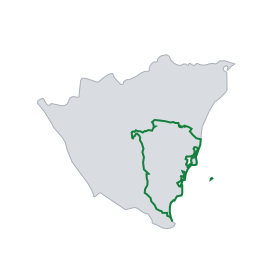 where Atlántico Sur sits in Nicaragua, rotated 14°
{"feature_id": "NIC-644", "entity_name": "Atlántico Sur", "entity_type": "Autonomous Region", "adm_level": 1, "iso_a3": "NIC", "parent_name": "Nicaragua", "parent_adm1": "", "projection": "orthographic", "projection_center": [-84.133, 12.113], "detail": "medium", "context": "in_parent", "style": "outline", "palette": "green", "viewbox_px": 256, "rotation_deg": 14, "n_neighbors": 0, "source": "natural_earth", "source_scale": "10m", "svg_char_len": 4026}
<svg xmlns="http://www.w3.org/2000/svg" viewBox="0 0 256 256"><g transform="rotate(14 128 128)"><path d="M216.0,40.0L214.9,41.5L213.7,42.5L211.1,47.5L210.2,47.9L210.1,44.2L208.5,43.8L206.7,45.1L205.8,47.0L207.3,49.4L208.7,49.4L210.4,50.1L214.9,67.0L213.9,70.1L211.2,74.8L208.6,78.8L205.9,81.3L202.7,92.0L199.7,109.4L201.9,125.0L200.9,139.4L201.8,142.8L202.1,147.0L199.9,147.8L198.7,147.7L197.4,145.1L197.5,142.8L198.8,140.1L199.4,136.5L198.7,134.6L197.5,138.7L195.2,140.6L193.7,141.2L192.3,143.3L193.8,147.3L195.8,150.2L196.4,152.2L195.7,154.7L195.3,163.1L194.6,162.9L193.8,161.8L191.8,161.7L191.5,165.1L191.7,167.0L189.9,168.5L189.3,169.9L190.7,170.9L192.3,171.6L194.3,171.4L195.9,175.6L196.5,179.0L192.7,182.1L191.4,184.7L189.3,187.9L188.1,191.0L187.7,193.2L189.2,200.2L191.8,205.2L194.0,208.4L196.9,209.1L196.2,212.4L194.0,214.5L190.0,216.3L185.6,216.6L178.4,214.9L175.5,214.8L174.3,213.9L174.0,212.2L171.9,209.8L168.1,206.5L166.0,206.7L162.4,206.0L156.5,203.7L153.8,203.5L149.9,205.4L145.3,207.9L134.3,203.9L126.6,201.1L119.7,198.6L117.9,197.6L116.3,197.8L115.0,199.1L113.5,201.4L113.0,202.1L112.2,202.7L111.3,202.9L111.3,201.8L107.9,197.2L102.6,191.6L82.1,174.6L74.6,164.5L70.6,157.2L66.8,153.3L55.7,145.5L53.2,142.4L42.4,131.9L34.1,125.8L34.0,123.2L37.5,120.0L39.2,120.2L41.0,122.5L43.9,125.1L45.3,125.2L47.4,124.0L47.4,122.8L58.7,122.4L60.7,121.7L62.8,119.9L63.8,117.2L64.0,114.7L64.5,112.8L66.3,111.1L69.6,110.5L72.1,110.4L72.9,109.2L72.2,105.3L70.9,95.8L70.6,93.2L71.1,91.2L72.2,90.5L77.1,90.1L86.5,91.0L88.3,90.4L92.2,85.0L95.7,81.1L98.2,79.4L100.2,78.9L102.4,82.4L110.3,87.5L111.7,87.1L112.4,86.9L112.7,86.2L112.6,83.8L114.6,81.8L118.7,79.9L122.8,76.6L127.0,71.8L130.6,69.0L133.7,68.2L134.9,66.9L134.1,65.1L134.4,62.6L135.6,59.4L137.4,57.5L139.7,57.0L140.6,56.0L140.2,54.4L140.6,52.7L142.7,50.0L147.7,47.6L150.6,48.4L153.0,51.6L156.3,53.8L160.7,54.9L164.0,54.5L166.5,52.5L168.6,51.9L170.5,52.7L171.5,52.3L171.7,50.6L172.7,50.2L174.5,51.1L176.2,51.3L177.7,50.9L178.2,50.1L178.5,49.3L179.6,48.6L183.4,49.2L187.6,48.3L192.2,45.7L195.3,44.6L196.9,44.9L198.7,43.6L200.8,40.7L205.7,39.4L216.0,40.0Z" fill="#d9dde1" stroke="#a8b0b8" stroke-width="1"/><path d="M201.3,121.3L202.2,126.7L200.9,140.0L203.1,144.5L203.3,146.8L202.0,147.8L197.8,148.6L197.0,148.1L198.4,146.5L197.1,144.5L197.0,140.7L199.0,140.9L200.0,139.6L200.3,137.8L199.8,136.2L200.8,132.2L200.7,131.1L199.9,130.4L197.8,130.2L197.0,130.7L196.6,132.3L197.9,133.6L198.6,135.8L198.3,137.1L198.9,137.9L195.5,140.5L191.7,141.5L191.4,142.0L191.4,144.2L193.4,144.7L193.7,146.6L193.1,149.1L194.1,150.2L195.4,149.9L195.4,152.5L196.5,149.5L197.8,149.7L195.9,153.5L195.0,158.4L195.7,164.6L195.1,164.9L195.2,164.1L193.5,161.1L194.4,160.2L194.6,158.5L193.3,157.0L191.3,156.8L192.0,157.8L192.9,157.2L193.9,158.9L192.9,162.0L190.3,161.7L192.0,162.7L192.1,166.4L189.0,169.5L191.7,172.2L192.8,172.2L193.1,170.2L194.5,170.4L196.4,177.9L196.3,180.5L192.0,182.5L190.7,187.2L189.6,187.1L187.7,190.1L187.7,194.3L188.9,199.7L191.4,204.8L193.8,208.0L190.5,204.1L187.3,203.7L186.5,200.9L181.9,202.0L180.5,200.5L179.0,200.6L175.2,199.7L172.5,196.3L168.3,193.5L167.0,190.6L162.6,187.9L159.9,186.9L159.4,183.1L160.6,178.6L159.8,174.6L158.5,172.7L157.1,168.3L159.0,167.4L153.5,164.4L151.0,157.9L150.5,152.5L147.8,147.9L148.0,144.3L145.2,139.7L142.4,136.7L142.2,134.5L140.7,132.6L137.9,131.2L137.1,131.9L136.5,134.2L135.1,135.3L135.5,136.0L135.3,136.9L134.6,136.7L132.6,131.4L133.5,130.2L135.4,130.1L136.1,128.4L138.5,128.7L140.6,128.2L143.5,128.8L145.1,126.8L146.0,126.9L148.3,125.1L152.0,124.7L152.6,121.6L154.1,119.9L152.5,120.1L151.4,117.7L149.9,116.5L151.9,113.7L162.4,112.4L168.0,112.4L170.5,111.2L172.7,111.7L175.7,111.0L177.1,114.0L177.9,114.5L179.5,114.3L179.0,113.5L180.3,113.9L181.2,112.9L182.6,113.1L182.5,112.1L187.0,112.4L189.9,113.4L188.8,116.2L192.2,118.8L196.9,121.4L201.3,121.3ZM193.7,169.5L193.0,166.6L193.3,165.3L194.2,164.7L193.5,166.8L193.7,169.5ZM220.7,158.1L220.6,157.2L221.5,156.2L222.0,156.5L220.7,158.1Z" fill="none" stroke="#15803d" stroke-width="2"/></g></svg>